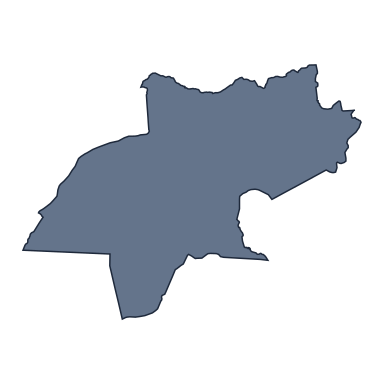 Banalia, Orientale, Democratic Republic of the Congo
{"feature_id": "63176286B83745324886444", "entity_name": "Banalia", "entity_type": "district", "adm_level": 2, "iso_a3": "COD", "parent_name": "Democratic Republic of the Congo", "parent_adm1": "Orientale", "projection": "orthographic", "projection_center": [25.603, 1.49], "detail": "fine", "context": "isolated", "style": "filled", "palette": "slate", "viewbox_px": 384, "rotation_deg": 0, "n_neighbors": 0, "source": "geoboundaries", "source_scale": "gbopen_adm2", "svg_char_len": 4806}
<svg xmlns="http://www.w3.org/2000/svg" viewBox="0 0 384 384"><path d="M354.9,110.1L351.9,110.5L343.2,111.0L342.0,110.4L341.7,108.6L340.9,105.3L340.6,103.2L340.1,101.4L339.0,101.0L338.5,101.3L336.5,102.8L334.5,104.4L333.2,105.5L331.7,108.4L327.8,109.2L323.5,108.7L321.7,107.9L319.6,105.1L319.7,104.1L319.4,103.7L318.8,103.4L318.4,102.4L318.0,102.2L318.1,100.8L317.3,100.8L317.0,100.3L317.2,98.2L315.9,87.3L317.6,86.4L317.9,85.1L317.7,83.1L315.4,81.5L315.4,78.6L316.2,74.8L317.4,73.4L317.4,71.6L316.0,64.9L313.3,65.0L311.9,65.0L309.3,65.1L308.0,65.9L307.2,67.3L305.7,67.9L304.8,68.0L303.1,68.1L301.6,68.2L300.9,68.7L299.6,70.2L298.5,70.9L298.2,71.9L298.0,72.4L297.5,72.4L295.3,71.0L294.9,70.9L293.9,70.0L292.2,70.2L291.2,70.8L289.9,72.0L288.5,72.4L286.4,74.1L286.2,74.7L286.5,75.5L286.2,76.0L285.2,76.6L284.3,76.7L282.6,77.3L280.0,77.1L277.7,76.4L275.6,76.5L273.8,77.5L272.3,77.7L271.8,77.6L268.5,78.6L267.7,80.4L266.9,83.1L266.5,83.8L265.8,84.4L265.7,85.4L265.0,86.3L265.2,87.1L264.9,87.6L263.8,88.4L263.1,88.2L260.0,86.5L258.5,86.6L257.7,86.1L256.7,84.1L254.5,80.7L252.5,81.3L250.1,81.0L248.1,79.7L246.7,79.3L245.4,79.3L243.8,79.4L242.4,77.9L241.9,77.4L239.7,78.0L237.6,79.4L235.4,80.3L233.9,82.7L232.2,84.9L230.5,85.1L227.0,87.6L225.3,88.9L223.3,90.0L220.5,91.9L217.9,92.7L215.3,92.7L212.8,93.5L212.1,92.5L211.6,92.5L211.2,92.5L210.8,92.2L209.9,92.4L209.5,92.1L207.4,92.4L206.7,92.1L204.0,92.4L203.2,92.8L201.2,92.6L200.1,92.0L199.0,90.1L198.2,89.5L196.9,89.3L195.6,88.8L194.1,88.9L193.1,88.5L192.2,88.6L191.8,88.8L191.0,88.7L190.2,89.0L188.0,88.9L186.5,87.9L186.2,87.9L184.9,87.8L184.6,87.5L185.0,86.7L184.6,86.4L183.1,86.2L182.4,85.7L180.5,85.3L180.0,84.6L178.3,83.4L177.2,83.2L175.9,82.4L175.0,81.3L174.9,80.5L174.0,79.3L173.8,78.6L173.2,78.0L173.0,77.9L172.2,78.0L170.8,77.6L169.9,76.7L168.9,76.5L167.4,76.7L166.1,77.3L165.7,77.2L162.8,75.8L160.8,75.8L155.3,73.1L152.5,73.3L151.9,73.9L151.1,74.2L150.3,75.2L149.5,75.5L149.2,75.9L149.0,77.1L148.4,78.0L147.2,79.3L146.3,79.4L145.3,80.0L144.6,80.6L143.4,81.1L142.9,81.8L142.6,83.3L142.4,83.7L142.4,84.2L141.8,84.8L140.9,87.2L142.1,86.9L144.2,87.1L145.2,87.7L146.4,87.8L147.2,88.5L147.5,90.0L146.8,92.5L147.1,93.5L146.4,94.9L147.0,104.0L147.5,110.9L148.0,117.6L148.3,122.7L148.8,129.5L149.3,131.1L148.4,133.0L146.6,134.3L140.3,134.9L138.1,135.7L135.5,136.1L132.7,136.2L128.8,136.2L124.3,137.8L118.4,141.0L110.1,142.8L103.1,145.4L98.3,147.2L92.7,149.5L90.4,150.9L87.0,152.9L85.1,153.8L81.1,156.4L78.6,158.5L77.1,161.8L75.2,166.3L72.1,170.4L68.7,175.9L64.0,181.1L60.5,184.2L59.2,186.0L57.9,189.9L57.3,194.4L56.9,196.3L53.2,200.5L50.3,203.6L46.0,206.9L43.7,208.6L41.8,209.8L40.1,210.7L38.8,212.0L38.5,212.9L40.2,213.8L40.7,214.3L41.5,215.1L41.8,216.0L43.1,217.2L42.4,218.2L39.4,222.7L35.2,229.5L33.8,231.7L31.5,232.8L30.3,234.2L30.0,235.8L29.0,238.3L28.0,239.2L27.8,240.2L27.8,242.1L27.4,242.9L26.9,243.5L25.7,244.1L25.5,244.4L24.9,245.5L23.0,250.2L110.0,254.0L109.8,265.8L115.1,288.6L118.4,302.3L122.3,319.1L125.6,317.5L127.1,317.1L129.8,316.8L135.4,317.1L139.9,316.5L144.9,315.6L152.4,312.9L155.6,310.6L157.6,308.8L160.9,300.9L161.5,300.4L161.9,298.9L161.5,297.0L162.0,295.5L164.8,294.2L164.8,293.8L165.4,292.9L166.6,290.1L172.6,276.1L175.3,269.6L176.8,268.7L181.0,265.4L183.3,264.0L184.8,260.9L187.5,255.3L188.2,254.8L188.6,254.4L191.6,256.0L193.7,257.5L195.3,258.5L196.7,258.3L201.9,258.1L207.8,253.7L210.4,253.4L216.4,253.6L218.6,254.4L220.5,256.6L223.7,257.3L260.2,259.4L267.9,260.3L265.9,257.1L265.1,256.1L264.0,255.1L263.3,254.5L262.2,254.4L260.9,253.4L260.3,253.4L259.1,254.2L257.6,254.3L257.0,254.0L256.0,252.9L252.1,251.8L251.2,251.3L250.4,250.2L250.2,248.8L249.8,248.3L249.6,248.6L249.3,248.9L249.1,248.8L248.8,247.7L248.2,247.6L248.1,248.3L247.9,248.4L247.5,247.9L247.1,248.0L246.1,247.3L245.4,247.6L244.9,247.5L244.7,247.2L244.3,247.0L242.5,241.1L242.0,237.0L242.1,236.5L243.0,235.8L243.2,235.0L242.4,232.8L242.2,232.6L241.4,231.6L240.2,229.7L239.8,227.8L239.5,227.4L238.7,227.5L238.1,225.9L238.3,224.5L239.3,222.5L239.3,222.1L238.9,221.3L238.0,220.8L237.3,219.8L236.8,219.5L239.5,208.9L239.5,199.3L239.7,196.3L242.8,193.6L246.1,192.2L248.3,190.5L250.9,189.6L255.1,189.2L258.1,189.7L259.8,190.4L268.4,194.7L271.2,198.5L271.9,199.4L284.2,192.7L296.3,186.2L302.8,182.7L317.5,174.7L326.2,170.0L329.6,171.9L332.2,172.6L333.7,172.6L335.6,172.1L337.0,167.7L336.6,164.3L336.6,162.9L337.3,162.2L338.9,162.8L339.7,163.3L341.1,163.5L344.1,162.5L345.9,161.1L345.9,158.1L344.9,152.5L347.0,149.0L348.2,147.7L348.2,145.6L346.8,143.0L347.9,139.4L349.8,137.5L355.9,132.2L359.1,127.5L360.5,123.3L361.0,122.7L360.7,121.5L359.9,120.5L359.0,120.4L357.8,119.4L356.6,119.2L355.1,117.7L354.6,117.6L353.8,118.0L352.8,118.1L352.0,117.8L351.4,115.3L351.1,114.5L351.5,113.6L353.1,111.4L353.7,110.5L354.9,110.1Z" fill="#64748b" stroke="#1e293b" stroke-width="1.5"/></svg>